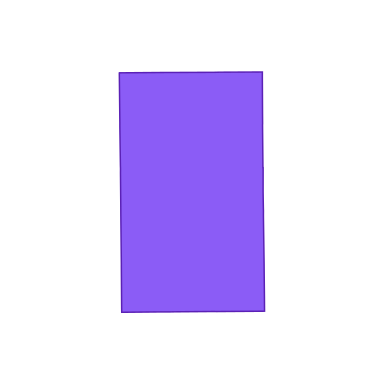 Comandante Fernández, Chaco, Argentina (orthographic projection), rotated 338°
{"feature_id": "61730980B26046188382184", "entity_name": "Comandante Fernández", "entity_type": "district", "adm_level": 2, "iso_a3": "ARG", "parent_name": "Argentina", "parent_adm1": "Chaco", "projection": "orthographic", "projection_center": [-60.45, -26.787], "detail": "fine", "context": "isolated", "style": "filled", "palette": "violet", "viewbox_px": 384, "rotation_deg": 338, "n_neighbors": 0, "source": "geoboundaries", "source_scale": "gbopen_adm2", "svg_char_len": 749}
<svg xmlns="http://www.w3.org/2000/svg" viewBox="0 0 384 384"><g transform="rotate(338 192 192)"><path d="M302.2,107.1L262.3,91.2L257.8,89.5L218.0,73.6L213.6,71.8L169.3,54.3L169.2,54.4L151.0,100.9L149.7,104.1L135.4,141.0L134.6,143.2L134.2,144.2L132.8,147.6L130.0,154.7L121.2,177.1L116.9,187.9L116.8,188.2L115.1,192.5L99.4,232.6L98.7,234.3L83.2,273.5L81.8,277.2L119.2,291.9L121.7,292.9L126.1,294.7L131.1,296.6L167.8,311.1L170.1,312.1L172.4,313.0L214.6,329.7L216.3,325.4L219.9,316.3L230.4,289.5L232.1,285.2L248.3,243.4L249.4,240.6L251.2,236.2L252.2,233.5L256.7,221.8L258.1,218.2L267.1,196.0L266.9,195.9L268.7,191.4L282.7,155.8L282.9,155.5L284.6,151.2L286.3,146.9L300.4,111.5L302.2,107.1Z" fill="#8b5cf6" stroke="#5b21b6" stroke-width="1.5"/></g></svg>